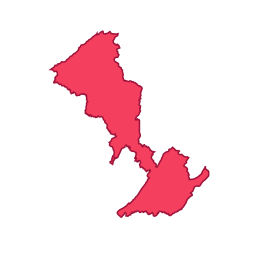 outline of Neiva, Huila, Colombia, rotated 197°
{"feature_id": "7082276B10918286355", "entity_name": "Neiva", "entity_type": "district", "adm_level": 2, "iso_a3": "COL", "parent_name": "Colombia", "parent_adm1": "Huila", "projection": "natural_earth1", "projection_center": [-75.303, 3.004], "detail": "fine", "context": "isolated", "style": "filled", "palette": "rose", "viewbox_px": 256, "rotation_deg": 197, "n_neighbors": 0, "source": "geoboundaries", "source_scale": "gbopen_adm2", "svg_char_len": 5840}
<svg xmlns="http://www.w3.org/2000/svg" viewBox="0 0 256 256"><g transform="rotate(197 128 128)"><path d="M134.9,89.6L132.1,88.8L132.3,91.9L131.8,94.0L132.4,95.8L131.1,95.1L130.5,95.5L130.5,96.3L129.3,96.7L128.0,106.4L125.6,108.6L125.6,109.8L124.9,111.1L124.4,111.2L123.6,109.9L122.2,110.4L121.5,109.5L121.4,110.6L120.2,109.9L119.8,107.9L119.4,107.4L117.2,106.9L115.7,107.4L113.1,106.8L113.2,106.3L112.4,105.2L112.6,100.9L112.1,100.8L111.5,101.7L111.1,101.4L111.6,98.6L110.0,99.1L109.4,98.3L108.5,98.8L108.6,99.5L108.2,99.3L108.2,99.8L107.1,100.3L105.9,99.1L106.2,96.4L104.6,93.9L103.3,94.9L102.1,94.4L101.6,93.6L99.8,93.7L99.2,92.5L97.4,91.8L97.2,93.0L95.3,93.3L95.0,94.4L94.2,93.9L94.1,93.1L95.5,89.8L95.7,88.2L95.1,87.3L93.1,86.5L94.2,84.5L94.0,82.7L94.8,81.2L95.1,79.2L97.0,74.4L99.3,66.0L100.3,64.5L101.0,62.0L102.1,60.8L102.3,59.6L104.3,56.0L104.9,56.5L105.3,56.4L106.9,52.9L109.1,50.1L112.1,47.2L113.5,44.6L113.5,43.8L112.4,42.5L108.6,40.7L107.7,41.6L107.7,42.5L106.6,44.0L106.6,45.4L106.0,46.4L104.9,45.9L104.2,43.3L102.3,43.6L101.5,44.9L100.1,45.8L100.2,47.3L98.7,47.9L99.2,48.7L97.0,49.2L96.7,50.4L95.7,50.3L95.1,51.3L93.6,51.7L92.3,50.8L91.5,50.9L90.1,52.3L88.4,51.9L88.2,52.6L87.4,52.9L87.3,53.4L86.6,53.3L86.1,53.7L85.7,53.1L84.6,52.8L84.5,52.0L83.2,51.4L82.2,51.7L81.8,52.6L81.3,52.5L80.0,54.1L79.3,53.9L78.0,51.5L77.0,51.4L75.6,52.3L74.7,53.9L75.0,54.4L74.6,55.6L74.0,55.5L74.1,56.6L73.4,57.6L71.1,57.8L70.9,57.4L70.2,57.3L70.0,57.8L68.9,58.1L68.2,57.7L68.0,58.1L67.6,57.9L67.3,57.2L67.3,57.8L66.8,57.9L66.6,57.3L65.0,57.2L64.6,57.9L63.5,56.8L62.9,57.0L62.7,56.5L61.6,56.9L60.6,58.3L60.5,59.1L59.3,59.7L58.4,61.1L56.8,62.2L56.4,62.9L55.9,62.9L55.3,64.3L54.5,64.7L54.3,65.5L53.5,65.5L52.8,66.4L52.9,67.1L52.0,68.9L50.8,73.0L50.6,75.8L50.1,77.8L48.4,80.7L46.9,82.4L47.4,83.4L49.2,84.1L47.6,86.4L47.3,89.6L47.5,90.6L45.9,92.5L43.6,92.9L42.4,93.7L41.2,97.8L40.0,100.1L39.1,101.1L36.9,105.8L38.0,109.7L39.0,110.6L41.5,111.3L42.3,112.3L42.8,114.1L42.9,112.3L44.1,107.9L44.3,105.7L46.7,101.8L49.3,99.1L51.1,97.9L54.2,96.7L54.1,97.2L55.8,99.1L56.4,100.4L55.8,101.0L57.9,103.3L59.2,104.0L59.0,105.6L59.5,106.7L61.2,107.5L63.4,107.8L63.4,109.7L61.9,111.9L62.6,113.4L61.3,117.4L63.2,117.7L64.1,117.1L66.2,117.2L69.0,118.5L69.9,117.8L71.7,117.9L72.5,118.3L72.8,119.2L72.1,120.9L72.7,121.1L76.0,120.4L77.6,121.8L78.7,121.9L79.6,122.6L81.0,120.2L82.2,119.8L82.0,119.2L82.5,119.0L82.4,117.8L83.0,116.8L84.2,116.5L86.1,114.1L86.6,112.9L86.4,111.9L87.0,108.8L86.8,107.3L87.3,106.5L88.6,99.5L89.0,99.0L89.9,99.0L90.4,101.6L92.9,102.5L94.1,103.7L94.0,104.1L95.9,105.1L97.1,106.5L97.1,108.1L96.7,109.4L97.1,109.5L96.4,110.2L97.1,111.1L95.8,112.9L98.6,112.7L99.8,113.4L100.2,113.2L100.7,114.0L102.9,115.8L103.9,115.1L104.6,115.3L104.9,116.0L105.5,115.6L107.3,116.1L107.4,116.7L107.9,116.4L108.4,115.5L108.3,114.4L108.7,114.4L109.0,115.2L109.6,115.1L109.7,115.7L110.9,115.9L111.3,116.4L113.1,116.2L113.9,118.9L114.8,119.6L113.9,124.0L114.4,125.3L115.7,126.9L119.2,138.5L119.9,139.1L120.0,138.9L121.8,139.4L121.8,138.7L122.5,138.0L123.4,138.1L123.4,141.0L121.7,143.6L121.1,148.1L122.4,149.5L122.0,150.6L122.4,151.3L122.4,152.6L124.3,153.6L124.3,156.7L124.7,157.5L125.2,157.3L125.6,157.8L125.6,158.6L124.8,159.1L124.4,160.0L125.4,160.7L125.2,163.1L126.2,164.7L126.1,170.1L127.0,171.1L128.5,171.2L129.0,171.8L130.0,171.5L131.5,171.9L132.3,172.7L133.1,172.6L133.8,173.3L135.7,173.2L136.6,173.8L138.0,173.2L138.7,173.7L140.0,173.6L141.0,172.5L144.6,172.6L145.0,172.0L145.4,172.5L146.0,172.4L148.2,175.8L148.1,177.5L150.0,180.4L150.1,181.5L152.0,182.8L152.3,183.6L153.0,183.4L153.8,184.2L155.4,184.5L155.7,186.5L157.0,187.2L159.5,187.6L160.8,188.5L161.3,189.7L161.0,191.3L160.0,192.2L158.5,192.6L158.1,195.4L160.0,196.5L159.9,197.7L161.2,198.6L161.7,200.2L159.3,202.2L160.7,204.0L162.5,205.0L162.8,204.8L162.8,204.1L163.5,203.8L164.3,204.4L166.5,204.8L167.8,207.1L167.2,208.9L166.9,211.2L165.2,213.0L164.9,214.2L165.1,215.3L166.5,214.4L171.5,213.4L173.5,214.9L175.2,212.6L178.3,210.9L179.5,211.8L180.1,213.1L180.6,213.1L181.6,212.2L184.1,208.4L184.8,208.2L185.3,209.4L185.5,208.5L188.6,204.4L189.4,202.5L191.3,200.7L191.8,199.3L192.8,198.6L193.2,196.7L194.6,195.0L197.1,193.5L197.4,191.5L198.5,190.3L198.2,188.4L198.8,186.8L200.4,183.9L201.0,183.8L201.7,182.9L202.7,180.6L204.0,179.7L205.1,177.1L206.4,175.5L207.2,173.4L208.3,172.4L210.8,171.9L211.9,169.6L213.9,168.7L214.3,167.1L216.1,166.6L216.4,164.7L219.1,161.3L217.5,161.7L214.9,160.4L213.6,161.2L212.1,160.8L210.8,157.6L211.8,156.6L212.5,154.8L212.1,153.7L211.6,153.6L212.3,150.9L212.1,149.6L211.1,149.8L210.5,150.7L209.8,150.4L209.3,151.1L206.3,149.6L205.0,150.3L203.6,149.1L201.6,149.8L200.7,148.9L199.8,149.2L198.1,148.7L197.4,147.7L196.9,147.8L196.3,147.2L194.9,147.8L194.6,147.2L194.1,147.2L193.8,145.9L192.3,144.3L191.5,145.1L190.8,145.1L190.7,146.3L190.4,146.5L188.0,145.8L187.6,144.5L186.5,143.9L184.4,145.2L184.2,145.0L182.1,147.3L181.5,147.1L180.9,147.6L180.6,147.2L179.5,147.7L178.5,147.2L178.2,147.6L177.6,147.4L177.2,147.0L177.2,146.1L176.7,145.8L175.9,142.9L174.2,141.1L174.9,140.4L174.8,139.3L174.3,137.9L174.3,135.9L173.5,133.7L174.1,132.0L173.4,131.5L173.2,129.8L172.3,129.9L171.8,129.1L170.9,129.5L169.8,128.6L169.4,128.9L168.9,128.4L168.3,129.2L168.1,128.5L167.3,129.2L166.6,128.3L166.3,129.1L163.7,128.6L162.4,129.3L162.0,128.7L160.6,129.4L160.0,130.7L158.3,130.2L156.6,131.3L155.2,130.7L153.8,128.7L152.4,128.3L151.7,126.6L149.1,125.4L148.5,124.3L148.2,121.9L147.8,121.9L146.1,120.2L145.3,120.0L145.0,119.3L144.3,119.7L143.7,118.3L143.1,118.3L142.8,117.5L139.7,117.4L139.1,117.7L138.8,118.5L137.5,116.5L136.8,116.7L136.8,116.2L140.2,113.0L140.5,110.4L141.7,108.7L141.0,108.5L140.7,106.3L139.7,105.6L137.1,105.3L136.0,103.4L134.1,101.2L133.6,98.2L133.6,97.6L134.3,97.0L134.4,93.6L133.8,92.1L135.3,90.3L134.9,89.6Z" fill="#f43f5e" stroke="#9f1239" stroke-width="1.5"/></g></svg>